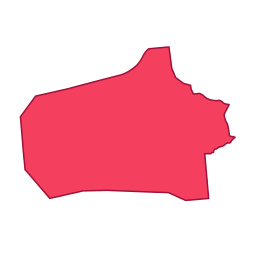 Khab wa Ash Sha'f, Al Jawf, Yemen (Mercator projection), rotated 175°
{"feature_id": "15242507B11673803403546", "entity_name": "Khab wa Ash Sha'f", "entity_type": "district", "adm_level": 2, "iso_a3": "YEM", "parent_name": "Yemen", "parent_adm1": "Al Jawf", "projection": "mercator", "projection_center": [45.303, 16.593], "detail": "fine", "context": "isolated", "style": "filled", "palette": "rose", "viewbox_px": 256, "rotation_deg": 175, "n_neighbors": 0, "source": "geoboundaries", "source_scale": "gbopen_adm2", "svg_char_len": 3984}
<svg xmlns="http://www.w3.org/2000/svg" viewBox="0 0 256 256"><g transform="rotate(175 128 128)"><path d="M234.2,95.4L232.6,93.5L231.3,91.6L230.0,89.9L228.5,87.7L227.1,85.8L225.8,83.9L224.4,82.0L223.0,80.0L221.6,78.1L220.3,76.2L218.7,74.0L217.5,72.4L216.1,70.4L214.7,68.5L213.4,66.6L212.0,64.7L209.9,65.0L207.8,65.3L205.7,65.5L203.6,65.8L201.4,66.1L199.3,66.4L197.2,66.7L195.1,67.0L193.0,67.3L190.9,67.6L188.8,67.8L186.7,68.1L184.6,68.4L182.5,68.7L180.4,69.0L178.3,69.3L175.9,69.1L173.6,69.0L171.2,68.8L168.9,68.7L166.5,68.5L164.2,68.4L161.8,68.2L159.6,68.1L156.9,67.9L154.8,67.8L152.4,67.5L150.4,67.2L147.7,66.9L145.3,66.6L142.9,66.3L140.6,66.0L138.2,65.7L135.8,65.4L133.5,65.1L131.1,64.8L128.7,64.5L126.4,64.2L124.0,63.9L121.6,63.6L119.2,63.3L116.9,63.0L114.5,62.7L112.1,62.4L109.7,62.1L107.4,61.8L105.0,61.5L102.7,61.3L100.3,61.0L97.9,60.7L95.4,60.3L93.2,60.1L91.2,58.9L89.1,57.8L87.1,56.6L85.1,55.5L83.1,54.3L81.1,53.2L79.0,52.0L77.0,50.9L74.8,50.9L72.5,50.8L70.4,50.8L68.0,50.8L65.7,50.8L63.4,50.8L61.2,50.8L58.9,50.8L56.6,50.8L55.2,50.8L54.4,50.8L53.8,50.8L53.8,55.8L53.8,69.3L53.7,69.3L53.8,69.6L53.8,79.5L53.8,85.9L53.8,95.7L47.9,95.2L46.6,96.2L45.8,96.1L45.1,96.3L44.9,96.5L44.8,96.8L44.7,97.3L44.6,97.7L44.5,98.1L44.2,98.5L43.8,98.9L43.5,99.1L43.1,99.2L42.6,99.4L42.2,99.4L41.7,99.4L41.4,99.6L41.1,99.8L40.8,100.0L40.5,100.2L40.1,100.5L39.6,100.7L38.9,100.9L38.4,101.1L37.9,101.2L37.3,101.3L36.9,101.4L36.5,101.5L35.9,101.6L35.4,101.7L34.9,101.9L34.4,102.1L33.9,102.3L33.6,102.5L33.1,102.8L32.5,103.4L31.9,103.7L31.3,104.1L30.7,104.3L30.3,104.4L29.9,104.4L29.6,104.4L29.4,104.3L29.0,104.3L28.7,104.2L28.3,104.2L27.9,104.3L27.5,104.5L27.2,104.7L26.9,104.9L26.7,105.1L26.5,105.5L26.3,105.8L26.1,106.1L25.8,106.4L25.7,106.6L25.5,106.8L25.1,107.2L24.6,107.6L24.1,108.0L23.6,108.4L23.1,108.7L22.6,109.0L21.9,109.3L21.7,109.3L22.2,109.5L23.3,109.9L24.1,110.2L25.9,110.7L26.4,110.8L26.9,111.1L27.6,111.6L27.7,113.7L27.8,114.5L27.8,115.5L28.1,119.9L28.4,122.0L28.6,122.8L28.7,123.5L29.0,124.1L29.7,125.7L29.8,125.9L29.9,126.2L30.3,127.7L30.8,129.8L31.1,131.5L31.0,132.3L30.8,133.4L30.7,133.7L30.6,134.0L30.2,134.6L26.3,140.8L25.4,142.2L25.4,142.3L25.3,142.5L25.5,142.6L26.0,142.8L26.4,142.9L26.9,143.0L27.3,143.1L27.8,143.2L28.4,143.3L28.8,143.5L29.3,143.7L29.9,144.0L30.4,144.3L30.7,144.5L31.0,144.7L31.2,145.0L31.4,145.2L31.5,145.5L31.8,145.8L31.9,146.0L32.2,146.2L32.5,146.5L32.9,146.7L33.4,147.0L33.9,147.3L34.5,147.6L34.9,147.7L35.1,147.7L35.3,147.6L35.6,147.6L35.8,147.6L36.1,147.5L36.5,147.5L36.8,147.5L37.2,147.5L37.5,147.5L37.9,147.6L38.3,147.6L38.8,147.7L39.2,147.8L39.5,147.8L39.9,147.9L40.2,148.0L40.5,148.1L40.9,148.1L41.3,148.3L41.8,148.4L42.5,148.6L43.1,148.8L43.6,148.9L44.0,149.1L44.3,149.2L44.6,149.4L45.0,149.6L45.4,149.9L45.9,150.1L46.5,150.4L46.9,150.7L47.3,150.9L47.6,151.2L47.9,151.4L48.2,151.7L48.4,151.9L48.6,152.2L48.9,152.5L49.3,152.9L49.6,153.1L50.1,153.7L50.8,154.3L51.3,154.7L51.7,155.1L52.1,155.3L52.4,155.5L52.9,155.8L53.5,156.0L54.1,156.2L54.5,156.3L54.9,156.3L55.3,156.2L55.5,156.2L55.8,156.2L56.1,156.1L56.4,156.1L56.6,156.1L56.8,156.1L57.1,156.1L57.5,156.1L58.0,156.2L60.0,156.4L61.5,160.6L61.8,161.6L61.9,165.0L64.7,166.1L66.3,166.6L69.0,167.7L70.9,169.4L71.4,169.9L72.0,170.4L74.4,172.6L76.1,174.0L76.3,174.8L77.1,177.2L77.7,179.1L78.0,179.8L79.2,183.6L80.1,205.1L83.2,205.2L95.1,205.1L98.2,205.1L99.2,205.1L100.3,205.1L100.7,204.9L101.0,204.8L101.7,204.2L102.3,203.7L103.4,202.7L104.3,201.7L104.6,201.4L105.0,201.0L106.1,199.5L107.8,196.8L110.0,193.6L112.9,190.5L113.7,189.8L114.9,188.9L117.2,187.3L119.2,186.1L120.5,185.4L121.0,185.1L122.4,184.4L123.1,184.0L124.4,183.5L125.7,182.9L127.0,182.5L128.3,182.1L130.0,181.6L130.3,181.5L132.8,181.1L134.2,180.9L142.0,179.6L146.3,178.9L171.5,174.6L185.2,172.2L217.3,167.8L220.0,164.7L234.2,148.6L234.2,131.2L234.3,120.3L234.3,115.0L234.3,114.7L234.3,109.7L234.3,106.4L234.2,106.4L234.2,102.0L234.2,97.7L234.2,95.5L234.2,95.4L234.2,95.4Z" fill="#f43f5e" stroke="#9f1239" stroke-width="1.5"/></g></svg>